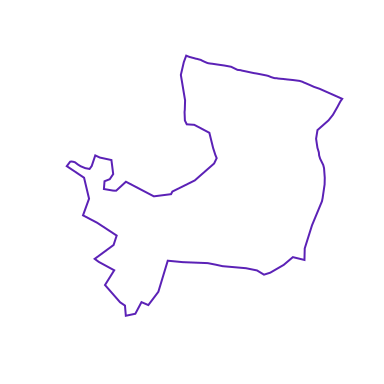 outline of Yankwashi, Jigawa, Nigeria, rotated 107°
{"feature_id": "59680162B90957738044815", "entity_name": "Yankwashi", "entity_type": "district", "adm_level": 2, "iso_a3": "NGA", "parent_name": "Nigeria", "parent_adm1": "Jigawa", "projection": "equal_earth", "projection_center": [8.483, 12.74], "detail": "fine", "context": "isolated", "style": "outline", "palette": "violet", "viewbox_px": 384, "rotation_deg": 107, "n_neighbors": 0, "source": "geoboundaries", "source_scale": "gbopen_adm2", "svg_char_len": 1758}
<svg xmlns="http://www.w3.org/2000/svg" viewBox="0 0 384 384"><g transform="rotate(107 192 192)"><path d="M59.0,75.6L56.8,93.6L56.0,100.1L55.8,106.1L55.2,110.8L54.9,113.6L54.7,115.4L54.6,116.9L54.3,118.7L54.3,120.7L54.3,121.6L55.4,128.2L56.6,134.2L56.9,136.0L57.0,136.3L57.1,137.1L57.2,137.7L57.6,139.4L58.3,142.8L58.4,144.1L59.0,146.4L59.0,149.9L58.8,151.8L58.7,153.2L58.8,155.0L59.4,161.0L59.8,164.8L60.2,167.5L61.0,176.7L61.3,179.8L61.3,181.2L61.9,184.2L60.8,191.2L61.6,198.2L62.7,205.2L63.5,210.6L63.7,211.4L64.1,214.1L64.1,215.4L63.8,218.1L63.4,220.9L63.1,222.2L63.2,224.5L63.2,225.9L63.3,226.6L63.4,227.5L63.4,228.1L63.4,229.3L63.5,231.5L63.5,232.7L63.6,233.3L63.5,235.2L63.3,237.4L70.2,237.8L83.3,236.9L106.4,225.4L115.6,222.9L117.7,222.5L125.7,219.7L128.8,216.8L127.1,209.5L130.3,192.7L143.7,184.7L149.6,180.6L152.4,178.3L158.3,179.2L174.4,189.2L180.1,192.7L197.3,210.9L200.2,211.4L207.3,227.2L201.5,258.2L212.9,264.9L213.7,267.7L214.9,277.1L207.3,278.8L203.8,274.4L197.9,272.6L185.0,278.4L186.0,290.2L185.3,295.2L196.5,295.5L199.9,296.7L200.4,301.1L199.9,306.1L199.1,309.1L197.8,312.6L197.8,314.3L198.1,316.3L198.7,317.4L203.9,319.3L209.9,299.4L228.5,288.5L246.2,289.4L249.2,273.5L255.7,251.3L265.6,251.5L284.4,265.5L286.1,260.7L289.6,243.5L306.4,248.0L318.5,228.5L320.2,222.9L329.7,219.1L325.0,210.6L312.1,208.1L312.9,200.7L297.3,195.0L264.8,195.1L261.8,180.4L255.4,156.1L254.6,148.4L254.0,141.1L249.1,118.1L248.0,106.9L250.0,99.0L246.3,93.6L244.9,92.3L234.9,83.0L224.8,76.5L224.1,64.6L213.0,67.7L188.7,67.5L162.9,65.0L159.7,65.3L146.0,67.4L139.6,69.2L130.6,72.7L127.8,74.4L122.7,79.2L119.9,81.1L117.0,82.3L113.0,85.0L104.8,88.9L96.1,90.1L83.6,82.4L77.0,79.8L68.2,77.8L62.0,76.6L59.0,75.6Z" fill="none" stroke="#5b21b6" stroke-width="2"/></g></svg>